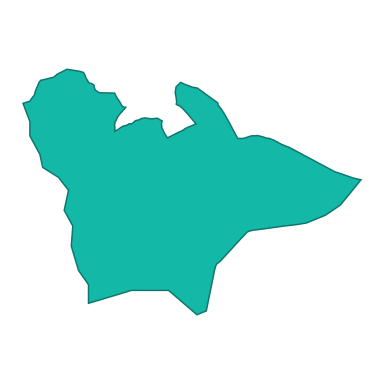 the district of Old Tafo Municipal, Ashanti, Ghana
{"feature_id": "2480657B10806173713075", "entity_name": "Old Tafo Municipal", "entity_type": "district", "adm_level": 2, "iso_a3": "GHA", "parent_name": "Ghana", "parent_adm1": "Ashanti", "projection": "albers", "projection_center": [-1.61, 6.738], "detail": "fine", "context": "isolated", "style": "filled", "palette": "teal", "viewbox_px": 384, "rotation_deg": 0, "n_neighbors": 0, "source": "geoboundaries", "source_scale": "gbopen_adm2", "svg_char_len": 2299}
<svg xmlns="http://www.w3.org/2000/svg" viewBox="0 0 384 384"><path d="M23.0,103.3L29.9,121.6L29.9,135.9L39.9,154.5L42.7,167.4L58.5,177.4L68.5,190.3L64.2,210.3L72.8,226.0L71.3,246.1L78.5,270.4L88.5,284.7L88.5,303.3L131.4,290.4L168.6,290.4L196.9,314.7L206.3,310.9L214.8,269.0L215.4,267.2L216.0,265.3L216.7,264.0L220.3,261.2L240.7,238.9L245.8,233.7L247.0,232.2L249.0,231.2L252.0,230.4L262.8,229.0L283.8,226.1L296.5,224.6L306.4,223.0L325.4,215.2L332.8,210.2L340.5,204.9L361.0,179.8L353.2,178.0L334.5,171.6L289.2,147.4L282.3,144.7L281.7,144.4L280.5,143.8L279.5,143.3L278.4,142.6L277.6,142.0L276.1,141.5L274.7,140.6L273.3,139.9L271.6,139.4L269.9,138.6L268.1,138.2L266.8,138.2L266.3,138.1L265.8,138.0L265.0,137.6L263.6,137.1L262.4,136.8L260.7,136.3L258.9,135.9L257.6,135.5L256.0,135.7L254.0,135.8L251.7,135.8L249.7,136.4L247.7,137.0L245.8,137.7L244.1,138.2L242.2,138.5L239.7,138.4L237.7,138.5L229.8,123.6L224.7,114.4L220.8,108.4L218.2,105.3L217.8,102.9L197.4,88.1L191.7,87.0L187.6,85.3L185.9,84.8L180.6,82.4L176.0,87.0L175.6,90.0L175.2,93.0L176.0,96.7L176.7,102.2L176.2,104.2L177.6,105.2L179.1,105.6L182.2,108.1L184.1,110.0L185.1,111.2L187.6,113.9L196.0,123.9L185.8,128.2L183.3,130.0L181.3,131.1L178.7,132.2L175.3,133.9L171.8,135.7L169.5,136.9L167.4,137.9L165.8,135.4L165.1,134.4L164.5,133.3L163.7,131.8L163.2,130.6L162.9,129.5L162.4,128.9L161.8,127.4L161.8,126.6L161.5,124.8L161.6,123.2L162.2,121.0L157.6,118.4L157.1,118.2L151.3,118.9L145.0,117.9L141.2,118.6L138.8,119.9L135.6,120.6L131.5,124.0L129.3,123.7L126.9,125.2L123.1,126.1L120.4,127.8L118.4,129.3L117.5,129.8L116.3,130.4L115.3,131.0L114.7,131.3L114.9,127.6L114.9,127.2L114.6,126.0L114.7,124.0L115.3,121.8L116.6,119.3L117.5,117.3L119.0,115.1L120.3,113.5L123.0,110.5L123.1,110.2L124.1,109.3L125.7,107.4L124.3,107.2L122.9,106.6L122.0,105.7L121.0,104.3L120.2,102.5L117.3,98.2L115.9,95.8L114.6,93.1L99.8,92.8L98.3,92.1L95.4,90.2L94.5,88.2L94.0,85.1L91.3,83.4L89.2,83.1L87.5,80.5L85.8,77.8L85.1,75.4L84.3,73.9L83.4,72.4L80.3,71.5L79.3,71.2L76.4,70.8L73.5,70.3L68.4,69.5L67.0,69.3L65.5,70.0L63.9,70.8L57.4,74.1L57.1,74.3L56.8,74.6L55.3,75.9L53.7,77.2L50.5,78.0L49.2,78.3L46.0,79.1L42.7,79.9L40.7,80.3L39.0,82.5L38.3,84.3L37.8,85.4L35.6,90.5L34.9,92.9L34.2,95.4L32.5,97.3L29.8,101.2L23.0,103.3Z" fill="#14b8a6" stroke="#0f766e" stroke-width="1.5"/></svg>